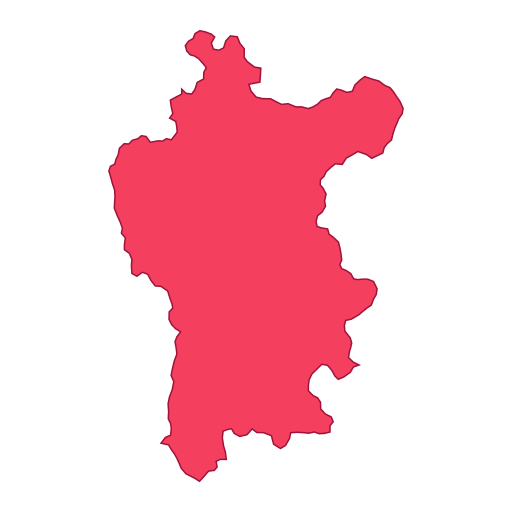 the district of Conceição do Castelo, Espírito Santo, Brazil
{"feature_id": "56859067B68832214291325", "entity_name": "Conceição do Castelo", "entity_type": "district", "adm_level": 2, "iso_a3": "BRA", "parent_name": "Brazil", "parent_adm1": "Espírito Santo", "projection": "mercator", "projection_center": [-41.26, -20.375], "detail": "fine", "context": "isolated", "style": "filled", "palette": "rose", "viewbox_px": 512, "rotation_deg": 0, "n_neighbors": 0, "source": "geoboundaries", "source_scale": "gbopen_adm2", "svg_char_len": 3372}
<svg xmlns="http://www.w3.org/2000/svg" viewBox="0 0 512 512"><path d="M288.1,103.7L281.6,104.4L276.3,101.8L270.7,98.8L262.5,98.6L256.1,97.1L251.1,91.2L248.8,84.3L254.8,83.1L259.9,82.2L260.5,73.9L260.8,68.1L254.5,67.1L247.3,61.6L244.1,57.2L244.3,48.8L239.9,43.4L237.3,36.8L230.4,35.9L225.8,40.9L223.6,47.9L218.8,50.2L213.4,49.1L211.3,43.1L214.7,37.0L211.3,34.1L205.4,31.9L199.8,30.7L195.0,33.6L193.1,38.5L188.5,41.2L185.3,45.5L186.7,50.9L190.2,54.8L194.3,55.9L198.6,58.6L202.7,63.2L206.3,67.6L203.8,72.3L203.6,79.0L197.2,82.4L194.9,89.5L191.7,94.0L186.0,93.3L181.7,89.2L181.8,94.0L176.7,96.7L170.3,100.1L171.3,107.1L172.8,113.7L169.6,118.1L175.7,121.4L176.7,126.2L177.2,132.1L174.4,135.8L171.3,139.8L166.4,138.7L162.5,141.1L158.1,140.8L150.4,142.3L146.1,136.5L141.5,135.7L137.8,138.7L132.3,140.3L128.8,144.0L124.2,143.7L119.4,148.3L118.1,155.1L116.0,159.3L114.7,164.1L110.4,166.3L108.9,171.1L110.4,176.0L112.4,183.5L114.6,190.0L115.0,196.8L114.6,202.0L114.3,208.1L117.4,216.0L120.3,222.3L122.4,228.1L121.4,233.2L125.3,237.8L124.4,244.9L124.4,249.7L129.4,253.4L131.9,259.4L131.4,265.5L131.9,273.5L136.9,276.2L142.3,272.3L147.7,274.2L150.9,280.3L155.2,285.9L161.0,286.4L167.7,291.0L169.7,297.6L171.9,303.6L172.8,308.0L169.2,311.9L169.0,319.3L171.7,324.7L175.7,328.8L180.6,331.8L177.0,336.6L175.0,341.7L176.0,347.0L176.9,354.0L174.2,361.3L172.2,369.8L171.1,375.4L173.8,381.6L172.2,389.8L169.5,396.8L168.1,403.6L168.6,411.6L168.3,418.9L170.6,423.6L171.3,428.4L170.6,435.2L165.4,437.4L161.0,443.2L168.6,444.9L171.3,449.5L174.7,454.3L177.0,458.5L179.3,463.6L181.3,468.4L186.0,473.8L194.3,478.0L199.5,481.3L203.1,477.4L208.6,471.1L214.3,470.4L217.1,467.0L216.1,461.4L220.0,459.4L226.3,459.4L225.4,452.1L223.6,446.1L222.3,437.7L223.1,431.2L227.2,429.6L231.5,428.7L234.2,433.4L239.7,436.4L247.0,434.7L252.1,428.9L256.8,432.5L263.7,432.7L271.4,435.7L273.6,444.2L280.5,448.5L285.6,445.4L289.5,438.5L290.7,432.7L297.1,432.3L303.9,432.7L308.7,433.2L314.4,432.0L319.1,433.7L324.4,433.4L330.0,432.0L330.0,425.7L333.2,421.8L331.2,416.9L325.3,414.0L320.7,408.9L320.5,402.2L317.5,397.7L313.2,395.7L308.4,390.9L308.4,385.3L309.1,379.9L311.9,374.0L317.1,368.9L321.8,364.3L327.5,365.3L331.9,370.4L334.8,375.9L338.2,379.3L343.9,376.9L350.3,372.3L353.4,367.0L359.1,365.0L353.2,362.1L348.5,357.5L349.4,351.9L350.7,347.5L351.7,343.0L350.2,337.8L344.8,331.0L344.4,325.4L345.6,320.4L351.0,319.3L355.6,316.7L359.2,314.5L362.4,311.7L366.6,308.3L371.3,305.1L373.6,299.0L376.2,294.6L377.1,288.8L373.5,281.5L367.8,279.2L363.3,279.1L357.8,279.6L353.7,278.9L350.7,273.5L345.9,270.4L341.7,268.7L339.8,264.6L341.7,260.0L341.1,254.6L340.1,248.8L338.5,242.2L333.2,237.2L329.1,234.2L327.6,228.9L321.4,227.9L317.1,226.5L316.1,221.6L317.5,215.8L322.1,212.1L325.5,206.3L324.6,200.8L326.1,194.0L323.0,188.1L320.2,184.9L320.5,179.6L324.1,176.2L326.0,171.9L330.7,167.5L335.3,163.8L342.3,164.4L346.3,158.1L351.8,155.1L357.8,151.5L366.5,154.5L371.7,158.3L377.8,155.4L382.8,153.0L384.2,147.6L387.1,143.8L391.5,139.9L393.1,133.3L394.9,127.9L396.7,123.7L398.7,118.8L402.2,113.7L403.1,108.4L399.9,101.3L396.2,96.0L393.2,91.4L390.0,87.7L384.6,85.3L378.9,81.0L371.7,79.0L364.8,76.6L360.5,79.7L354.9,85.0L352.4,91.2L346.9,92.4L341.2,90.1L336.7,89.0L333.2,92.8L330.3,97.4L325.7,98.8L321.2,100.6L317.8,104.0L313.0,106.9L308.2,108.6L301.9,106.9L295.9,106.9L288.1,103.7Z" fill="#f43f5e" stroke="#9f1239" stroke-width="1.5"/></svg>